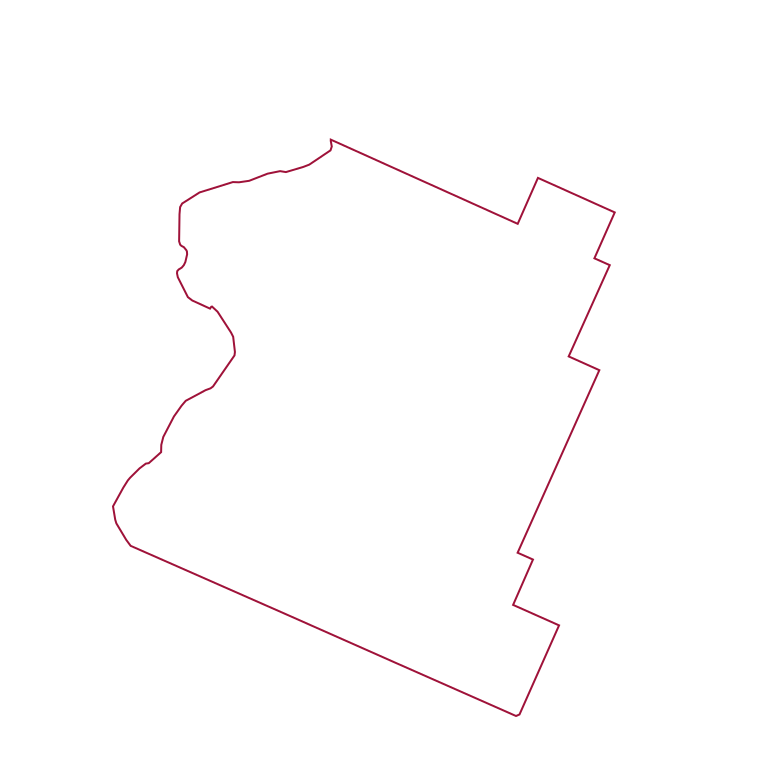 Cotton, Oklahoma, United States of America, rotated 114°
{"feature_id": "52423323B79195939570534", "entity_name": "Cotton", "entity_type": "district", "adm_level": 2, "iso_a3": "USA", "parent_name": "United States of America", "parent_adm1": "Oklahoma", "projection": "albers", "projection_center": [-98.393, 34.285], "detail": "fine", "context": "isolated", "style": "outline", "palette": "rose", "viewbox_px": 768, "rotation_deg": 114, "n_neighbors": 0, "source": "geoboundaries", "source_scale": "gbopen_adm2", "svg_char_len": 1090}
<svg xmlns="http://www.w3.org/2000/svg" viewBox="0 0 768 768"><g transform="rotate(114 384 384)"><path d="M133.4,243.0L133.1,327.2L183.3,327.0L182.4,532.0L183.6,531.5L188.3,528.3L192.3,527.9L214.0,541.5L218.5,546.0L230.3,559.8L231.8,565.5L239.2,575.9L253.2,589.8L258.7,598.5L261.0,604.2L284.0,630.4L301.2,641.8L305.3,642.2L312.0,639.9L337.0,629.2L339.6,626.9L340.2,625.3L340.4,622.5L342.1,619.1L343.0,618.0L345.6,616.6L353.3,615.1L356.8,615.2L359.9,616.1L362.0,617.5L362.8,618.1L365.0,618.8L367.1,618.1L370.3,615.8L384.4,598.5L385.7,593.1L385.9,573.6L383.7,573.2L383.2,572.6L385.7,565.4L399.2,544.7L402.2,541.0L415.4,533.2L418.7,532.2L455.8,539.2L458.5,540.7L462.2,544.5L480.0,558.3L486.1,560.1L499.1,562.7L522.1,564.1L530.2,562.7L536.9,559.9L552.0,566.7L553.6,569.2L560.5,573.0L572.8,577.8L576.3,578.8L584.6,580.0L606.0,581.8L617.2,574.4L620.2,571.8L631.3,556.0L634.9,549.6L634.2,377.9L634.0,260.1L633.6,128.4L630.8,125.8L533.3,125.9L533.3,176.2L483.8,176.5L483.8,193.3L283.8,192.9L283.7,226.5L183.6,226.1L183.6,242.9L133.4,243.0Z" fill="none" stroke="#9f1239" stroke-width="2"/></g></svg>